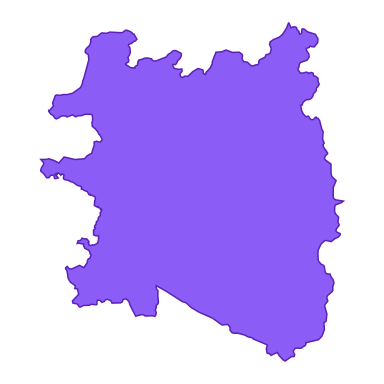 the district of Lalangina, Haute Matsiatra, Madagascar
{"feature_id": "10022922B72540367204165", "entity_name": "Lalangina", "entity_type": "district", "adm_level": 2, "iso_a3": "MDG", "parent_name": "Madagascar", "parent_adm1": "Haute Matsiatra", "projection": "albers", "projection_center": [47.222, -21.414], "detail": "fine", "context": "isolated", "style": "filled", "palette": "violet", "viewbox_px": 384, "rotation_deg": 0, "n_neighbors": 0, "source": "geoboundaries", "source_scale": "gbopen_adm2", "svg_char_len": 5778}
<svg xmlns="http://www.w3.org/2000/svg" viewBox="0 0 384 384"><path d="M68.2,278.5L70.5,282.3L75.2,285.6L75.3,286.8L74.7,288.5L77.4,288.9L78.7,294.3L72.4,301.0L72.9,303.1L77.3,304.0L79.3,306.9L80.4,307.1L83.6,305.4L89.0,305.4L91.1,304.3L96.2,304.8L97.0,304.2L96.8,301.4L97.7,300.2L100.1,300.4L101.8,302.4L104.4,301.4L105.2,300.0L107.1,299.3L109.6,300.1L111.0,301.0L112.0,303.1L120.5,302.9L122.2,301.9L123.2,299.4L125.5,298.8L127.8,300.2L129.2,302.2L129.8,304.6L135.7,316.2L141.8,314.6L143.4,314.8L145.2,316.0L152.5,315.8L154.7,316.3L155.5,315.8L156.3,312.9L155.4,310.1L156.4,306.9L155.9,305.8L158.1,303.7L158.4,302.0L157.8,295.3L158.0,290.7L156.3,288.7L156.3,285.7L166.3,291.3L182.3,301.6L186.1,302.8L191.2,307.5L198.5,311.9L212.6,318.2L222.1,325.0L227.3,324.5L228.2,324.9L230.0,327.3L230.1,330.5L232.1,332.7L234.4,333.3L237.8,333.2L244.6,335.0L248.1,336.9L252.6,337.9L253.3,339.0L265.3,344.0L267.4,345.2L266.3,348.8L267.1,353.2L269.6,353.7L271.0,355.4L277.2,352.4L279.4,355.9L283.1,359.9L285.3,361.0L291.2,356.7L294.1,356.5L294.7,354.4L293.7,352.8L293.3,350.9L295.4,348.1L300.5,348.3L302.1,347.7L302.6,347.0L305.1,345.7L306.1,343.6L305.9,342.7L318.5,339.7L322.0,336.1L324.4,329.5L323.9,322.8L326.1,321.2L326.9,314.0L324.7,306.2L324.8,304.8L327.8,301.1L326.7,297.2L327.8,295.3L332.4,291.4L332.9,290.1L332.7,286.8L334.0,282.8L333.0,279.4L331.1,277.0L330.1,274.1L326.2,273.7L325.0,271.2L324.3,266.4L323.5,265.3L321.0,264.1L318.3,260.8L317.9,253.4L318.2,250.1L321.1,243.9L324.8,240.7L326.2,240.5L331.1,241.6L335.2,238.5L338.3,237.1L340.3,234.7L340.2,233.6L337.2,232.3L335.9,230.9L336.3,229.0L339.0,225.5L339.1,224.6L337.9,222.1L338.6,217.2L335.3,213.6L334.6,211.2L334.7,207.0L335.4,205.0L341.5,202.6L343.4,201.1L335.6,199.8L334.2,199.0L333.2,197.5L333.3,187.4L336.1,180.6L331.7,176.3L331.0,173.0L331.0,164.1L324.7,159.4L324.7,157.3L325.6,155.6L327.6,153.8L327.6,153.0L323.2,146.5L323.2,144.6L324.2,143.2L322.6,139.1L323.1,131.4L321.9,129.5L319.6,120.5L318.0,118.3L316.9,118.3L316.1,117.1L315.1,117.5L313.5,119.5L311.7,119.7L310.3,119.1L308.7,116.4L308.0,116.1L305.9,116.8L303.5,114.2L301.9,111.3L300.7,105.9L301.2,105.0L302.1,105.1L303.1,102.3L305.2,100.5L307.1,99.5L308.5,99.7L310.8,98.8L312.4,97.1L314.0,92.9L315.9,91.4L316.7,87.3L317.8,86.9L319.2,84.2L318.0,81.2L318.0,78.2L315.6,76.3L313.8,75.9L313.0,73.1L311.1,72.4L308.6,73.5L308.1,72.6L306.0,72.1L303.7,72.9L300.3,73.1L297.9,69.4L299.1,66.5L299.0,65.0L300.3,62.5L307.1,60.2L309.2,56.9L308.8,54.1L306.5,50.2L306.3,48.4L309.3,47.4L309.6,46.4L310.3,46.1L311.9,46.7L314.3,46.9L317.7,42.6L317.9,38.7L315.4,34.3L307.2,31.7L304.6,29.3L302.3,28.8L301.9,29.3L301.7,32.8L300.9,33.8L299.6,34.1L298.8,31.2L296.9,29.6L296.5,27.5L294.8,26.8L292.2,27.1L291.0,27.9L289.1,23.3L288.5,23.0L286.4,28.4L282.4,34.5L279.2,37.2L273.5,39.5L270.1,42.0L269.6,44.6L271.1,48.0L271.1,50.1L270.1,53.2L267.6,54.5L266.1,54.6L264.9,57.3L259.6,59.8L259.0,60.7L258.7,63.4L257.9,64.6L255.6,64.9L253.0,66.0L250.8,65.5L247.5,62.2L243.6,61.6L242.0,58.6L242.6,55.7L242.1,54.3L239.2,52.2L232.4,52.4L226.0,50.0L221.7,51.8L216.0,52.2L212.3,61.7L212.2,63.9L210.0,68.3L206.0,72.4L206.1,73.6L205.4,74.5L203.5,73.5L202.9,70.0L198.6,68.6L197.4,68.8L192.8,71.6L187.8,76.4L184.9,76.1L182.2,77.6L180.5,76.5L180.0,74.0L182.1,71.3L181.9,69.0L178.9,69.3L175.3,68.7L174.1,68.1L172.8,66.2L172.9,64.5L175.1,64.7L176.4,63.6L177.6,60.9L180.1,58.5L181.3,55.9L181.4,54.0L180.8,53.1L175.6,50.5L173.1,50.7L170.6,53.0L168.3,54.3L166.2,57.0L156.3,60.8L153.8,61.1L152.0,60.0L151.7,58.9L147.8,58.0L144.8,58.1L140.8,59.7L138.9,59.9L138.0,61.5L137.4,65.2L135.1,66.4L134.9,68.0L130.7,67.7L125.7,64.4L125.8,63.6L128.6,61.8L128.7,59.7L127.9,57.4L129.7,54.6L130.3,52.3L129.9,47.7L128.4,45.8L128.7,44.4L131.4,43.5L133.6,41.6L135.5,40.9L136.9,39.2L133.9,34.0L132.8,34.0L132.0,32.7L130.0,31.4L126.6,30.2L125.3,30.3L122.9,32.3L121.2,32.7L109.9,32.1L106.6,33.3L101.6,32.9L97.5,36.3L93.2,36.7L91.4,38.2L90.8,39.4L90.6,42.7L89.7,45.3L86.2,48.7L85.2,50.8L85.1,52.0L85.6,52.8L88.3,54.6L88.8,59.8L83.7,78.7L82.6,81.4L82.3,83.9L80.5,87.6L72.6,93.2L67.3,94.6L63.8,94.5L59.7,95.4L57.0,94.9L55.4,95.5L52.6,102.9L53.4,106.1L49.1,110.9L48.7,110.6L48.7,111.4L50.9,114.3L53.0,115.3L54.9,118.1L56.2,118.9L59.1,117.7L61.0,116.2L62.8,115.9L65.8,116.0L66.8,117.0L72.7,114.9L75.6,116.8L77.8,115.9L82.3,115.5L84.5,114.3L91.1,114.3L92.1,115.1L92.5,116.7L92.6,120.8L91.9,122.4L92.3,126.4L95.6,129.1L97.8,131.9L98.9,134.3L99.9,135.0L101.7,138.4L102.1,139.5L101.9,140.2L100.1,142.3L96.7,141.2L94.1,142.0L94.3,144.9L91.6,153.3L87.1,155.8L84.6,158.7L75.0,159.5L64.1,157.0L58.8,163.0L54.6,160.7L49.1,158.8L46.0,159.4L40.8,159.4L43.7,162.9L43.8,164.0L41.6,167.5L40.6,170.6L41.0,171.5L43.4,173.3L46.6,177.7L48.8,177.7L51.0,175.2L53.7,175.2L54.6,178.5L55.8,178.6L58.3,177.9L55.5,174.9L57.2,174.5L57.1,174.0L56.2,173.6L57.6,173.0L59.4,173.5L60.8,175.3L62.2,173.8L64.0,175.1L63.3,178.2L64.3,179.5L68.1,180.3L70.8,181.7L72.7,182.1L77.2,185.3L81.3,186.6L81.4,189.1L82.2,188.8L83.7,190.2L87.4,191.7L88.9,194.5L90.0,194.2L90.2,195.3L91.9,195.3L95.1,196.9L95.4,199.6L94.8,200.4L94.3,205.4L97.0,207.0L98.1,206.6L98.1,207.5L101.0,208.6L101.5,209.6L101.0,209.7L101.7,210.2L101.0,211.1L101.2,211.9L100.2,212.6L100.3,215.6L98.5,217.3L97.9,220.3L96.4,221.8L96.0,224.2L94.8,225.6L94.5,227.3L95.4,228.0L95.1,228.8L93.5,230.0L93.6,234.8L95.3,235.7L98.5,235.9L98.5,239.5L97.7,243.1L93.8,245.2L92.4,244.8L91.0,245.5L88.9,245.0L88.9,243.5L88.2,242.6L89.0,241.9L88.9,241.4L86.5,238.7L84.7,239.0L82.1,238.1L80.6,240.4L78.1,240.8L77.2,243.5L79.1,243.1L82.4,244.0L83.5,243.8L83.7,246.0L84.9,248.4L88.2,250.0L89.7,251.6L90.1,253.8L91.0,254.7L90.8,255.9L89.9,258.1L88.1,259.2L87.5,260.5L87.2,262.7L83.8,267.6L79.5,265.4L71.5,269.1L69.2,268.6L67.1,266.4L65.7,267.7L65.6,268.8L67.0,270.8L68.2,278.5Z" fill="#8b5cf6" stroke="#5b21b6" stroke-width="1.5"/></svg>